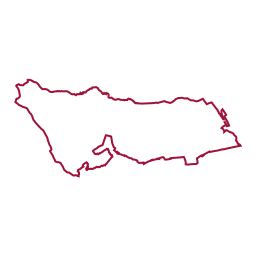 Deleni, Iasi, Romania (orthographic projection)
{"feature_id": "2599482B9062650452312", "entity_name": "Deleni", "entity_type": "district", "adm_level": 2, "iso_a3": "ROU", "parent_name": "Romania", "parent_adm1": "Iasi", "projection": "orthographic", "projection_center": [26.854, 47.467], "detail": "fine", "context": "isolated", "style": "outline", "palette": "rose", "viewbox_px": 256, "rotation_deg": 0, "n_neighbors": 0, "source": "geoboundaries", "source_scale": "gbopen_adm2", "svg_char_len": 5719}
<svg xmlns="http://www.w3.org/2000/svg" viewBox="0 0 256 256"><path d="M75.0,175.4L75.6,175.2L77.0,175.5L77.8,176.1L78.4,176.2L78.1,175.6L78.5,175.6L78.6,175.0L79.1,174.5L78.9,174.1L79.0,173.8L79.0,172.8L78.5,171.7L78.0,171.7L77.8,171.5L77.8,170.9L78.1,170.0L78.3,169.8L80.2,169.0L81.2,168.0L83.4,166.7L82.7,165.8L83.2,164.6L85.1,163.1L86.6,162.3L87.2,162.9L88.0,164.2L87.6,164.7L87.8,165.1L87.6,165.6L88.1,166.7L87.9,167.2L86.8,167.3L86.7,168.2L86.2,168.5L86.4,169.8L86.9,170.0L87.6,169.4L88.9,168.9L89.8,169.0L91.2,168.7L91.6,169.0L93.3,168.8L93.4,168.5L93.8,168.4L94.5,167.9L95.1,167.9L95.8,167.3L96.5,167.2L96.8,166.8L98.5,167.2L99.0,166.9L99.8,167.1L100.4,166.5L101.6,165.7L102.6,166.0L103.7,165.2L104.3,165.2L105.0,165.4L105.3,164.6L106.3,164.0L106.3,163.7L106.8,163.2L110.9,158.2L112.4,156.7L111.7,155.9L112.0,155.6L112.0,155.2L111.2,154.7L110.9,154.8L109.9,153.9L110.0,153.4L109.8,153.0L108.9,152.4L108.9,151.2L108.3,149.5L108.1,149.2L107.8,149.5L107.4,148.9L106.9,148.8L106.8,149.0L106.7,149.0L105.5,149.9L104.0,150.6L102.4,151.9L99.9,153.4L99.6,153.2L99.3,153.6L98.5,153.9L98.3,154.2L98.1,154.2L97.7,153.6L97.2,153.6L96.2,154.2L94.9,153.9L92.9,151.0L94.4,149.7L97.6,147.8L97.9,147.2L98.9,146.6L101.4,145.4L102.3,145.3L102.6,145.0L102.9,144.0L103.5,142.5L103.8,141.3L105.9,135.3L107.3,135.5L111.1,136.5L111.3,137.0L111.2,137.6L111.6,138.7L111.7,140.3L112.0,141.4L112.0,142.3L112.9,144.9L113.3,145.9L113.5,146.4L113.5,146.8L115.2,148.2L114.1,150.1L114.4,150.2L114.3,150.4L116.5,152.4L117.1,151.8L118.6,152.8L117.9,153.7L119.9,154.1L122.3,154.9L124.6,156.0L124.8,155.5L125.3,155.8L125.8,155.7L128.1,157.4L130.0,158.1L131.4,158.3L132.8,159.5L134.3,159.5L137.0,160.4L137.5,161.1L137.4,161.7L137.5,162.0L139.0,162.9L141.7,162.8L143.0,163.2L143.3,162.5L144.3,162.8L144.2,163.8L147.9,161.7L151.4,160.5L151.4,160.0L152.7,159.7L152.8,160.1L154.3,159.7L155.8,159.4L157.2,158.6L157.8,159.2L159.1,159.1L159.6,158.8L159.7,158.5L159.5,158.1L162.8,157.1L163.6,157.4L165.0,159.6L167.9,159.4L170.7,158.8L170.5,158.2L171.9,158.0L179.1,157.5L183.8,157.0L184.6,158.5L185.5,161.2L185.7,162.0L185.7,164.3L188.5,164.6L190.9,164.2L195.8,164.0L196.4,163.9L197.4,163.2L197.4,162.8L197.6,162.6L197.2,159.7L197.0,159.1L197.0,158.3L198.1,157.7L199.5,156.5L200.4,156.1L201.2,155.5L201.8,156.2L202.1,156.4L203.1,155.7L202.5,155.4L203.3,154.7L204.1,154.4L209.5,151.5L209.8,152.0L215.8,150.8L217.4,150.6L223.0,149.2L223.6,149.4L226.6,148.6L237.9,146.2L240.6,145.8L240.2,145.1L239.4,144.3L238.2,144.1L237.8,143.2L237.3,142.7L237.2,141.9L236.0,140.5L236.3,139.0L236.4,137.6L236.3,137.1L235.7,136.3L234.4,135.3L233.7,134.2L233.0,133.3L231.9,132.7L231.1,132.5L230.6,132.1L229.8,132.1L227.6,130.7L226.3,130.1L224.2,132.0L224.2,131.2L223.7,129.8L222.4,128.5L221.5,128.2L221.6,127.9L222.9,126.7L223.9,126.0L226.1,125.1L224.7,122.2L225.1,122.2L226.9,126.1L227.8,125.6L227.9,125.9L229.1,125.6L228.5,124.2L227.5,121.8L224.4,116.5L226.2,114.8L222.5,109.3L221.4,110.8L221.5,111.4L221.5,113.2L222.3,115.9L223.5,117.4L223.0,118.1L223.6,119.3L223.1,119.2L221.7,116.9L220.8,115.8L220.0,114.2L219.6,113.7L219.1,113.6L218.9,113.4L218.7,112.3L218.2,111.4L217.6,110.7L217.4,109.6L216.5,108.9L211.6,102.4L208.8,103.3L206.8,104.2L202.8,98.8L198.6,100.8L197.2,101.1L196.5,101.4L193.2,100.4L190.9,100.3L189.6,99.7L187.4,98.2L187.0,98.4L186.1,98.5L185.4,98.3L184.8,98.5L181.7,97.7L179.3,98.1L178.4,98.0L175.5,99.3L174.5,100.4L172.0,102.2L170.6,102.8L169.5,102.9L169.1,102.6L166.2,102.0L164.5,101.1L157.4,103.0L156.8,102.6L153.3,103.1L141.9,103.6L138.6,103.4L137.5,103.1L137.4,103.4L137.0,103.4L136.1,103.0L135.5,103.2L135.3,102.9L134.8,102.8L134.6,102.3L134.3,102.2L133.9,101.4L133.6,101.2L133.2,101.2L133.1,100.9L132.8,100.5L132.2,100.3L131.3,99.5L130.8,99.5L130.2,99.1L130.0,99.3L128.3,98.6L127.2,99.8L127.2,100.0L125.3,100.0L124.8,100.2L124.7,100.0L123.2,100.1L121.5,99.8L120.4,99.8L119.0,99.2L117.7,99.1L115.7,99.8L114.9,99.5L114.5,99.6L113.4,99.1L112.2,98.2L111.8,97.7L111.4,97.6L110.2,97.8L109.3,97.8L108.7,97.4L108.4,97.0L108.7,94.8L108.0,93.7L106.7,93.1L106.4,93.5L106.2,93.9L105.8,93.4L105.5,93.7L105.0,93.4L104.9,93.8L104.4,93.8L103.8,93.3L103.3,94.0L103.0,94.0L102.2,93.3L101.4,91.9L100.5,91.1L99.1,90.2L98.6,89.5L98.0,88.2L96.5,87.3L95.9,87.1L94.8,87.4L92.4,87.4L91.7,88.7L90.9,88.5L90.4,88.6L90.1,88.9L89.6,88.9L88.7,90.0L87.9,90.2L86.6,91.0L86.1,92.0L85.8,92.3L85.4,92.5L84.3,92.1L83.0,92.3L82.9,92.4L83.1,92.8L83.9,92.8L82.9,93.6L82.5,93.7L81.8,94.2L80.9,93.5L80.7,93.2L80.8,93.0L80.5,92.8L80.3,93.5L80.2,94.1L79.5,94.2L79.0,94.0L78.2,94.4L77.2,94.0L75.9,95.2L74.8,94.5L74.4,94.0L72.8,94.4L71.4,94.0L68.1,91.7L66.7,91.2L63.5,91.4L61.5,91.1L60.5,91.4L59.4,91.1L58.6,91.4L57.9,91.0L57.4,91.0L56.5,91.4L54.8,91.4L52.9,92.0L51.1,92.0L50.3,91.8L49.4,91.4L48.8,90.6L47.1,89.5L45.0,89.0L42.9,89.2L41.8,88.7L39.8,86.6L38.8,85.0L37.4,83.3L35.8,82.3L33.7,81.9L33.3,81.7L32.7,81.0L32.1,81.0L31.8,80.6L31.4,80.4L29.6,79.9L28.5,79.8L27.7,79.9L27.7,81.1L27.9,81.9L25.6,83.3L25.2,83.4L24.3,83.9L23.7,84.8L23.3,85.2L22.2,85.3L19.8,85.0L18.8,84.2L18.6,84.2L17.1,85.1L16.7,85.1L16.2,85.7L16.3,86.1L18.0,88.3L18.9,90.3L19.1,91.3L19.9,95.6L19.7,96.8L18.8,97.8L17.6,98.7L16.7,98.7L16.3,99.1L15.7,101.3L15.4,102.1L16.5,103.0L17.6,103.6L18.9,105.0L20.4,105.5L22.4,106.7L26.7,108.1L27.3,108.7L28.0,110.1L29.0,111.6L29.6,112.7L31.3,114.4L32.5,117.0L32.7,118.0L33.6,120.1L34.5,121.1L34.9,121.9L39.8,127.3L41.8,129.3L42.8,130.0L43.5,130.8L47.3,137.7L47.8,139.7L47.9,140.6L48.6,142.0L48.8,143.1L49.2,143.9L49.5,144.9L50.4,146.1L51.3,148.5L51.4,149.4L51.3,149.8L50.0,151.1L52.9,155.8L53.6,157.8L54.8,159.9L55.4,161.5L57.3,162.2L58.4,162.2L60.4,162.8L62.6,166.2L64.2,169.8L66.8,172.1L67.7,172.5L69.1,172.6L73.3,175.5L75.0,175.4Z" fill="none" stroke="#9f1239" stroke-width="2"/></svg>